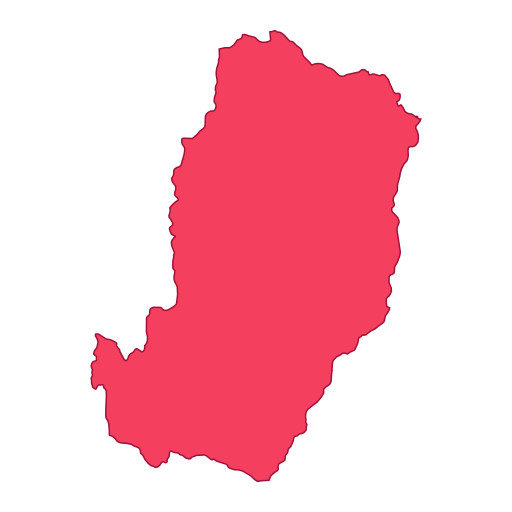 the district of Guadalupe, Antioquia, Colombia
{"feature_id": "7082276B7072789807287", "entity_name": "Guadalupe", "entity_type": "district", "adm_level": 2, "iso_a3": "COL", "parent_name": "Colombia", "parent_adm1": "Antioquia", "projection": "natural_earth1", "projection_center": [-75.232, 6.863], "detail": "fine", "context": "isolated", "style": "filled", "palette": "rose", "viewbox_px": 512, "rotation_deg": 0, "n_neighbors": 0, "source": "geoboundaries", "source_scale": "gbopen_adm2", "svg_char_len": 5988}
<svg xmlns="http://www.w3.org/2000/svg" viewBox="0 0 512 512"><path d="M92.6,387.2L93.1,387.4L95.0,389.0L95.7,389.1L96.2,388.8L97.0,386.8L98.1,385.3L99.0,384.9L100.4,385.1L102.5,384.7L103.7,385.6L103.6,387.7L104.8,388.4L106.2,390.7L106.4,396.3L105.8,409.8L105.8,416.4L106.3,418.4L107.8,420.8L108.7,423.6L109.3,430.3L109.3,434.5L109.6,435.3L111.8,436.0L113.4,437.0L115.5,438.9L116.8,440.9L119.0,442.3L121.1,442.9L127.1,443.4L131.3,444.3L134.1,446.0L138.4,447.6L139.7,448.9L140.4,450.9L140.5,452.9L141.0,453.6L143.0,455.5L145.0,459.5L146.5,461.3L148.5,463.7L149.7,464.4L150.5,465.4L154.2,466.6L155.2,467.4L156.5,467.3L158.2,466.6L159.5,465.6L161.7,462.4L162.4,461.9L163.8,461.9L165.2,462.7L166.6,462.5L167.1,461.5L167.2,459.5L169.1,456.4L169.5,452.5L170.3,451.4L171.0,451.1L174.3,452.4L178.4,453.1L180.1,454.8L181.6,455.0L182.7,455.5L186.2,458.3L187.6,458.4L188.9,459.0L190.1,458.9L192.1,457.0L194.5,456.3L196.1,455.4L204.5,455.0L206.1,455.6L211.4,459.7L212.3,459.8L213.1,459.2L214.1,459.1L215.9,460.7L217.4,461.4L226.3,464.2L226.9,464.7L228.1,466.9L229.5,468.1L234.3,469.7L238.9,469.9L243.0,471.2L250.9,475.9L254.4,479.3L257.0,481.2L258.5,481.3L260.8,480.8L269.0,480.3L270.9,475.7L274.8,472.2L277.2,470.8L278.0,469.8L278.2,469.3L278.1,465.9L279.0,463.6L283.4,461.4L285.0,459.9L285.3,456.2L285.9,454.9L287.6,452.7L288.2,449.5L288.8,448.4L290.5,446.9L291.0,446.1L293.2,441.0L293.9,437.5L294.5,436.4L297.2,435.9L299.3,434.0L301.6,433.6L303.6,432.8L304.7,431.9L306.2,429.7L306.3,426.5L307.0,424.8L305.7,422.0L306.0,419.5L305.6,417.8L305.6,415.3L306.1,412.1L307.5,409.7L313.3,404.8L315.5,403.4L317.6,401.6L321.2,397.1L323.3,393.8L323.7,392.8L323.6,389.9L323.8,389.0L325.8,387.0L329.0,384.8L330.4,383.3L331.1,381.2L331.7,372.5L332.1,370.7L331.9,370.7L332.4,363.9L332.8,361.5L333.5,360.1L336.5,356.9L339.4,355.5L342.7,353.3L344.6,353.1L347.5,354.0L350.0,352.1L354.3,350.2L355.1,349.1L357.7,343.3L358.6,338.8L359.1,337.5L360.8,336.8L362.3,335.2L365.2,335.0L366.3,334.6L367.6,333.3L371.1,330.8L375.0,328.9L379.2,325.5L382.4,323.3L383.8,321.9L384.3,321.0L385.4,315.7L387.5,313.0L389.5,309.2L389.7,307.8L387.8,307.1L386.8,306.1L386.3,303.1L386.4,298.7L387.2,297.5L389.3,295.7L390.5,293.5L391.4,291.4L391.2,287.9L389.0,282.5L389.1,276.5L390.0,275.2L392.5,274.2L394.1,272.9L394.4,271.6L394.6,267.2L395.6,265.0L396.7,263.5L398.4,259.4L399.6,256.1L400.2,253.2L400.2,251.1L397.0,230.4L397.1,227.7L399.0,222.7L399.0,220.9L397.6,217.4L392.5,212.1L391.6,210.2L391.8,208.1L393.5,206.5L394.3,205.2L394.2,203.9L393.2,200.8L393.4,197.8L394.0,196.4L395.8,193.8L397.3,190.9L397.5,184.7L399.7,176.7L400.2,173.4L401.6,168.7L404.0,163.9L406.8,160.9L407.6,159.0L408.3,155.6L408.0,150.6L408.3,148.1L408.9,147.2L409.7,146.7L412.9,146.6L414.8,145.9L416.0,144.9L417.9,142.0L418.4,138.7L418.3,135.1L417.4,131.6L415.8,128.4L415.8,127.0L416.3,125.5L417.7,124.2L420.1,121.0L420.8,119.0L419.5,119.0L417.9,118.3L417.5,117.3L417.6,116.6L416.5,116.4L416.5,117.3L411.6,114.0L408.8,113.7L405.9,112.3L404.8,111.1L403.3,108.0L401.3,105.1L400.5,104.9L399.4,105.9L398.2,105.9L396.8,102.5L396.8,101.7L398.8,100.5L399.6,99.4L400.1,97.4L400.1,94.5L399.5,93.7L398.7,93.4L395.5,93.5L393.7,92.1L389.6,83.2L388.4,79.7L384.8,75.3L384.0,74.9L382.5,74.7L381.8,74.7L380.1,75.6L378.7,75.6L373.9,74.0L372.5,74.1L370.9,74.7L369.0,74.7L368.7,74.1L368.2,71.9L366.7,71.5L364.8,69.8L362.0,69.6L359.0,72.0L347.1,74.6L344.5,75.9L342.9,76.2L341.3,76.2L339.7,75.8L338.6,75.1L334.0,70.5L331.9,69.0L330.2,68.2L327.2,67.3L323.3,64.6L321.8,64.0L319.7,63.6L317.0,63.6L314.5,64.0L311.6,65.1L310.0,62.8L303.9,56.7L303.0,55.4L301.7,50.1L300.5,48.5L296.6,45.6L292.9,41.9L292.3,41.6L290.2,41.3L289.4,40.8L284.1,35.1L281.7,33.2L280.2,32.4L277.0,31.9L275.1,30.7L274.2,30.8L271.9,31.7L269.9,31.8L270.6,39.0L270.4,40.6L267.9,41.7L264.9,42.3L262.2,42.3L259.7,41.5L257.7,40.2L255.3,37.7L253.9,37.1L248.5,35.8L246.2,34.8L243.0,34.5L242.7,34.6L241.8,37.6L241.1,38.5L239.2,39.4L237.4,39.9L234.2,44.6L231.2,46.9L229.4,47.7L225.0,47.7L219.2,49.0L219.5,56.8L219.3,57.8L218.7,59.2L218.4,63.1L216.7,68.5L216.2,72.2L216.3,75.4L217.2,80.7L217.2,82.8L215.6,86.4L215.3,89.8L215.9,91.0L215.9,93.0L214.5,97.3L214.1,101.1L214.4,102.3L215.9,104.7L216.1,105.5L215.6,108.4L215.0,109.6L213.8,110.9L210.5,111.1L208.3,112.3L206.5,113.8L205.4,116.2L205.1,125.0L204.6,127.0L203.4,128.5L200.1,130.9L197.2,134.4L192.4,138.5L183.8,138.2L182.5,138.5L181.8,139.1L181.8,142.6L182.4,144.3L184.5,147.6L184.7,148.3L184.6,151.3L184.0,154.7L181.0,165.2L179.4,166.8L177.0,167.4L174.6,169.0L173.8,170.5L173.6,174.6L173.1,176.0L171.5,178.6L172.5,182.0L175.8,186.5L175.7,189.6L174.7,192.6L174.6,194.5L175.2,195.8L177.4,197.7L178.3,199.3L178.2,200.1L175.7,201.8L173.0,204.1L169.9,207.6L170.2,211.3L168.9,215.9L169.1,217.2L171.1,219.9L172.5,222.6L172.6,223.4L172.5,225.3L170.2,227.0L169.5,228.2L169.5,229.1L170.3,231.9L171.7,234.5L175.3,236.3L175.3,236.7L174.1,237.6L172.3,239.9L171.5,241.5L171.4,243.4L171.8,245.8L174.5,252.8L173.6,255.2L173.6,257.9L172.9,261.0L172.8,266.9L173.0,268.6L174.5,270.3L174.9,271.6L174.0,276.8L174.1,279.8L174.9,282.1L176.8,285.6L177.3,287.5L177.6,294.7L176.5,303.5L175.8,304.8L173.7,306.5L169.8,309.0L166.6,310.4L164.4,310.3L163.4,309.8L162.7,309.5L161.6,308.0L160.4,307.4L153.2,307.3L151.3,308.2L150.3,309.0L149.9,310.0L149.6,313.9L149.2,315.0L147.1,316.8L146.5,317.9L146.4,331.9L147.5,336.9L147.4,340.3L146.6,343.3L144.7,345.7L144.5,349.6L143.1,351.4L142.0,351.8L140.8,351.3L137.6,349.0L136.6,348.8L135.4,349.1L133.3,352.2L130.3,353.9L128.8,355.7L127.6,359.3L126.1,360.8L124.7,359.9L123.8,358.9L120.0,351.7L119.4,349.3L118.3,348.4L116.5,345.8L116.7,343.6L116.5,343.0L114.2,341.5L110.3,339.7L106.0,338.9L98.9,334.3L97.2,333.9L95.6,334.1L95.5,336.0L96.8,338.1L97.9,341.2L98.0,342.5L96.9,347.5L94.4,350.9L93.7,353.4L93.9,354.5L95.8,355.9L96.4,356.8L96.4,360.4L95.8,360.9L93.9,361.3L92.9,361.9L91.8,363.4L91.3,365.2L91.3,367.1L92.4,369.4L91.9,372.8L92.5,375.2L91.4,377.4L91.2,378.9L91.6,380.9L91.5,383.2L92.3,385.2L92.6,387.2Z" fill="#f43f5e" stroke="#9f1239" stroke-width="1.5"/></svg>